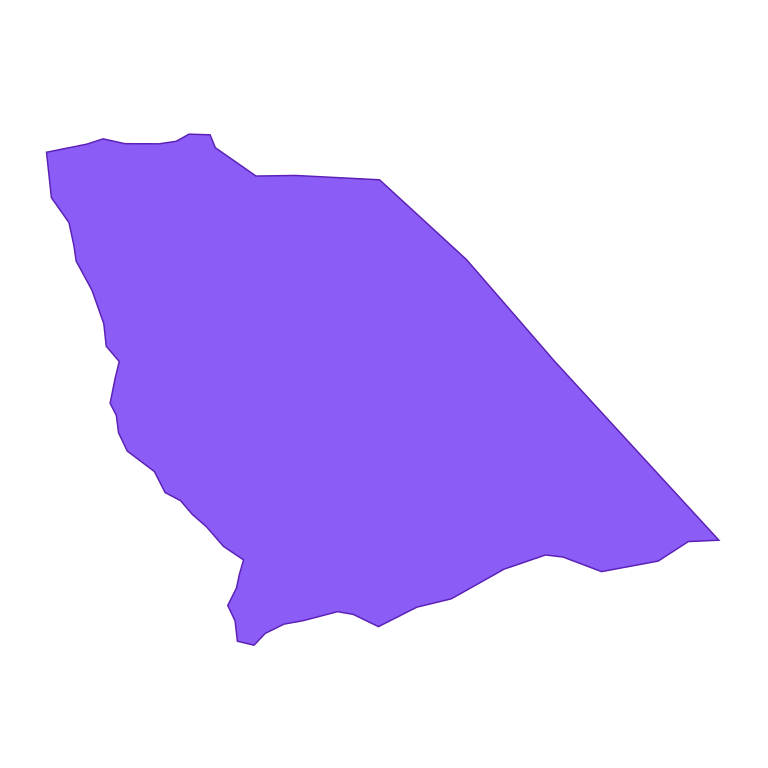 the district of Serra de São Bento, Rio Grande do Norte, Brazil, rotated 88°
{"feature_id": "56859067B16323144797596", "entity_name": "Serra de São Bento", "entity_type": "district", "adm_level": 2, "iso_a3": "BRA", "parent_name": "Brazil", "parent_adm1": "Rio Grande do Norte", "projection": "natural_earth1", "projection_center": [-35.714, -6.42], "detail": "fine", "context": "isolated", "style": "filled", "palette": "violet", "viewbox_px": 768, "rotation_deg": 88, "n_neighbors": 0, "source": "geoboundaries", "source_scale": "gbopen_adm2", "svg_char_len": 851}
<svg xmlns="http://www.w3.org/2000/svg" viewBox="0 0 768 768"><g transform="rotate(88 384 384)"><path d="M551.8,54.8L367.3,212.7L328.1,244.3L262.6,297.2L179.8,381.3L172.5,465.0L171.7,504.7L142.0,544.3L128.9,549.1L127.5,570.1L134.2,583.3L136.1,600.4L134.8,634.5L129.2,656.1L133.9,672.6L140.6,713.2L186.2,709.9L211.7,693.2L235.3,689.0L250.3,687.4L280.1,672.6L314.0,661.9L336.5,660.3L352.3,647.8L369.3,652.6L393.7,658.4L406.0,652.6L423.5,651.0L442.1,642.9L463.5,616.5L484.9,606.5L493.5,591.4L507.7,580.1L520.4,566.5L540.7,550.1L554.9,530.5L569.6,535.3L582.7,538.5L599.9,547.9L615.5,541.1L636.0,539.5L640.5,523.0L629.1,511.4L620.5,492.4L617.7,473.1L609.9,438.3L613.2,422.8L626.3,398.0L608.2,359.0L601.0,324.2L573.2,270.4L560.5,228.5L563.2,211.1L579.1,173.1L570.5,116.1L552.1,85.4L551.8,54.8Z" fill="#8b5cf6" stroke="#5b21b6" stroke-width="1.5"/></g></svg>